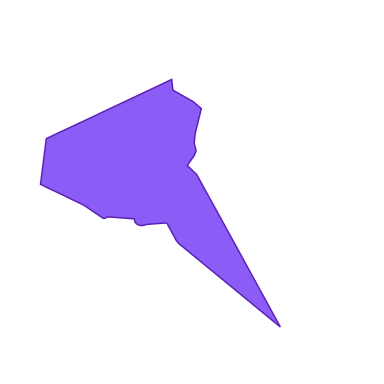 outline of Tibesti, rotated 305°
{"feature_id": "TCD-5578", "entity_name": "Tibesti", "entity_type": "Préfecture", "adm_level": 1, "iso_a3": "TCD", "parent_name": "Chad", "parent_adm1": "", "projection": "robinson", "projection_center": [15.919, 20.285], "detail": "fine", "context": "isolated", "style": "filled", "palette": "violet", "viewbox_px": 384, "rotation_deg": 305, "n_neighbors": 0, "source": "natural_earth", "source_scale": "10m", "svg_char_len": 2434}
<svg xmlns="http://www.w3.org/2000/svg" viewBox="0 0 384 384"><g transform="rotate(305 192 192)"><path d="M152.5,42.2L156.2,44.3L161.3,47.2L166.3,50.1L171.4,53.0L176.4,55.9L181.5,58.8L186.5,61.7L191.6,64.6L196.6,67.5L201.7,70.4L206.7,73.2L211.8,76.1L216.9,79.0L221.9,81.9L227.0,84.8L232.1,87.7L237.1,90.6L242.2,93.5L247.3,96.4L252.3,99.3L257.4,102.2L262.5,105.1L267.6,107.9L272.6,110.8L264.5,117.8L265.6,129.5L266.7,141.2L265.7,151.8L256.6,155.3L241.4,161.2L233.3,165.8L228.2,171.7L223.2,172.9L211.0,172.9L209.0,185.8L186.8,231.0L164.3,276.6L132.1,341.8L132.2,339.6L132.4,337.5L132.6,335.3L132.7,333.2L132.9,331.0L133.1,328.8L133.2,326.7L133.4,324.5L133.6,322.3L133.7,320.2L133.9,318.0L134.1,315.8L134.2,313.7L134.4,311.5L134.6,309.4L134.7,307.2L134.9,305.0L135.1,302.9L135.3,300.7L135.3,300.3L135.4,298.5L135.6,296.4L135.8,294.2L135.9,292.1L136.1,289.9L136.3,287.7L136.4,285.6L136.6,283.4L136.8,281.2L136.9,279.1L137.1,276.9L137.3,274.8L137.4,272.6L137.6,270.4L137.8,268.3L137.9,266.1L138.1,263.9L138.3,261.8L138.4,259.6L138.6,257.5L138.8,255.3L138.9,253.1L139.1,251.0L139.3,248.8L139.4,246.6L139.6,244.5L139.8,242.3L139.9,240.2L140.1,238.0L140.3,235.8L140.4,233.7L140.6,231.5L140.8,229.3L140.9,227.2L141.1,225.0L141.3,222.9L141.4,220.7L141.6,218.5L141.8,216.4L141.9,214.2L142.1,212.0L142.3,210.1L143.5,206.3L144.2,205.1L145.8,201.8L147.4,198.6L149.1,195.3L150.7,192.0L151.6,190.4L151.9,189.5L151.8,188.8L151.2,187.7L150.2,186.6L147.8,183.7L145.5,180.8L143.1,177.9L140.7,175.0L139.5,173.6L136.2,170.8L135.5,169.8L134.9,168.8L134.4,167.6L134.1,165.5L134.4,163.3L135.4,161.5L137.1,160.4L136.4,159.3L135.7,158.1L135.0,157.0L134.3,155.8L133.6,154.6L133.0,153.5L132.3,152.3L131.6,151.2L130.9,150.0L130.2,148.8L129.5,147.7L128.8,146.5L128.1,145.3L127.5,144.2L126.8,143.0L126.1,141.9L125.4,140.7L124.4,139.1L123.0,137.2L122.2,136.6L120.3,135.5L119.7,134.8L119.5,134.0L119.5,132.8L119.5,131.9L119.4,129.4L119.4,125.9L119.3,121.9L119.3,117.9L119.2,114.4L119.2,111.9L119.2,111.0L118.9,109.1L118.5,107.1L118.2,105.1L117.7,102.1L117.2,99.1L116.7,96.1L116.2,93.2L115.8,90.2L115.3,87.2L114.8,84.3L114.3,81.3L113.8,78.3L113.3,75.4L112.8,72.4L112.3,69.4L111.9,66.4L111.4,63.5L112.1,63.1L114.5,61.9L116.8,60.6L119.2,59.4L121.5,58.1L123.9,56.9L126.2,55.7L128.6,54.4L131.0,53.2L133.3,51.9L135.7,50.7L138.0,49.5L140.4,48.2L142.8,47.0L145.1,45.7L147.5,44.5L149.8,43.3L151.6,42.3L152.5,42.2Z" fill="#8b5cf6" stroke="#5b21b6" stroke-width="1.5"/></g></svg>